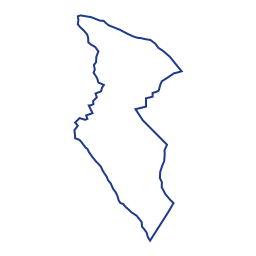 outline of Itaguajé, Paraná, Brazil
{"feature_id": "56859067B84192248470394", "entity_name": "Itaguajé", "entity_type": "district", "adm_level": 2, "iso_a3": "BRA", "parent_name": "Brazil", "parent_adm1": "Paraná", "projection": "albers", "projection_center": [-51.978, -22.666], "detail": "fine", "context": "isolated", "style": "outline", "palette": "blue", "viewbox_px": 256, "rotation_deg": 0, "n_neighbors": 0, "source": "geoboundaries", "source_scale": "gbopen_adm2", "svg_char_len": 1417}
<svg xmlns="http://www.w3.org/2000/svg" viewBox="0 0 256 256"><path d="M77.9,16.3L78.4,20.3L77.8,24.3L80.2,27.2L83.9,30.6L87.3,34.7L88.2,38.4L88.3,42.3L90.3,44.1L95.2,47.0L98.4,51.4L96.3,56.9L96.1,62.1L93.9,65.0L94.8,69.6L93.6,72.7L96.3,76.8L97.5,79.3L98.4,82.6L100.7,83.5L103.9,85.0L102.0,87.7L101.1,91.3L95.5,93.5L96.8,97.4L93.1,101.0L93.4,104.1L91.2,105.2L88.8,105.5L92.5,113.2L86.2,115.4L87.4,118.9L85.1,119.8L79.6,118.1L75.2,122.5L77.8,125.7L74.4,130.3L75.0,134.9L75.1,138.2L79.5,139.9L81.4,142.0L85.5,147.5L87.6,149.2L88.8,151.9L92.5,157.1L96.2,161.7L98.0,163.4L101.0,166.8L102.5,170.3L104.4,173.4L106.9,177.0L108.0,180.1L110.8,183.6L113.1,188.8L115.9,192.6L117.6,196.4L118.7,200.5L120.4,203.0L123.3,204.1L125.0,206.3L128.5,209.5L131.6,212.4L136.7,215.8L141.7,222.1L142.0,226.7L144.2,229.2L146.6,232.5L147.9,237.2L150.1,240.6L168.7,211.4L173.5,203.1L170.0,199.6L165.4,194.2L161.7,187.2L161.9,182.3L159.9,178.0L160.2,171.9L162.1,166.1L164.2,161.1L164.7,154.0L164.5,150.4L167.0,144.7L142.8,120.3L135.5,109.2L146.0,106.6L146.0,98.3L152.6,96.7L152.6,92.9L156.6,91.8L158.7,90.6L160.5,84.1L161.9,81.2L167.0,78.0L174.2,73.2L176.7,72.7L181.6,71.3L175.9,64.3L169.9,56.8L166.6,54.0L162.5,50.5L158.3,47.8L155.4,43.7L150.4,40.0L145.0,39.1L140.9,38.1L138.1,37.9L133.6,36.6L126.7,33.4L120.3,30.0L108.7,25.3L106.5,23.6L103.5,20.8L100.2,20.7L91.2,17.2L80.6,15.4L77.9,16.3Z" fill="none" stroke="#1e3a8a" stroke-width="2"/></svg>